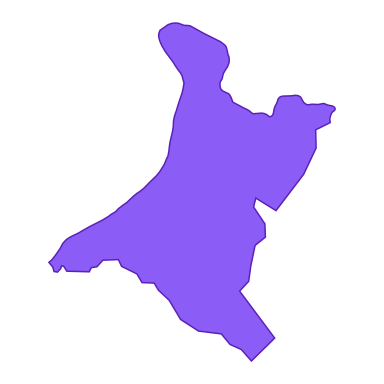 the district of Bella Unión, Artigas, Uruguay
{"feature_id": "84410073B35452988121510", "entity_name": "Bella Unión", "entity_type": "district", "adm_level": 2, "iso_a3": "URY", "parent_name": "Uruguay", "parent_adm1": "Artigas", "projection": "natural_earth1", "projection_center": [-57.576, -30.371], "detail": "fine", "context": "isolated", "style": "filled", "palette": "violet", "viewbox_px": 384, "rotation_deg": 0, "n_neighbors": 0, "source": "geoboundaries", "source_scale": "gbopen_adm2", "svg_char_len": 2591}
<svg xmlns="http://www.w3.org/2000/svg" viewBox="0 0 384 384"><path d="M330.2,122.6L330.1,121.3L329.9,120.1L329.8,119.3L329.9,118.3L330.4,116.3L331.3,113.7L331.8,112.9L332.4,112.1L333.3,111.4L334.2,110.7L334.7,110.1L335.0,109.7L335.1,109.2L335.1,108.7L335.0,108.3L334.9,107.9L334.4,107.3L333.9,106.8L333.2,106.4L332.4,106.0L327.5,105.0L325.0,103.9L324.2,103.6L323.4,103.5L318.1,104.5L311.9,104.2L308.5,104.8L307.4,104.8L306.4,104.4L305.0,103.6L303.7,102.4L302.7,100.8L301.3,98.2L300.7,97.2L300.0,96.6L299.1,96.1L298.1,95.7L297.4,95.5L296.3,95.4L294.7,95.3L293.1,95.6L291.4,95.8L289.6,95.9L286.3,96.0L283.2,96.1L281.8,96.3L280.5,96.8L279.7,97.2L279.0,97.8L278.5,98.5L278.0,99.3L277.5,101.2L276.5,103.6L274.9,106.6L274.2,108.7L273.5,112.7L272.7,115.1L271.7,116.0L270.4,116.7L269.3,116.6L268.2,115.8L266.5,114.5L264.1,113.5L261.7,113.1L253.6,113.7L252.7,113.5L251.6,112.9L249.8,111.2L247.3,109.6L243.2,107.7L239.6,105.7L234.2,102.9L233.5,102.6L232.7,101.7L231.0,97.2L229.5,94.6L228.4,93.6L227.2,93.1L222.7,90.9L220.9,89.1L220.2,87.0L220.0,84.1L220.1,82.4L222.1,78.8L223.3,73.6L225.5,69.8L227.6,66.6L229.1,62.4L229.2,59.4L228.9,56.6L228.0,54.6L227.0,49.9L226.2,46.9L225.9,46.5L225.7,46.2L225.2,45.4L220.8,41.9L203.8,33.4L190.3,25.9L188.0,25.5L183.9,25.3L178.6,23.3L175.3,23.0L171.6,23.4L168.0,24.7L160.0,30.3L158.7,34.0L158.7,36.7L159.3,39.2L160.1,41.9L161.8,45.6L163.2,48.0L164.6,50.5L166.1,52.7L167.3,54.3L168.5,55.9L170.0,58.0L171.5,59.9L172.9,61.8L174.5,64.5L176.3,67.2L178.1,69.9L180.7,73.2L182.2,76.3L184.0,83.1L183.1,88.5L182.4,91.7L182.0,93.2L180.7,97.0L178.4,103.8L176.6,109.9L174.4,116.4L173.5,121.0L173.3,126.1L172.6,131.1L170.2,141.3L170.1,141.7L169.4,146.2L168.9,151.2L168.7,152.1L168.0,155.9L166.1,159.8L164.4,164.2L159.8,171.6L156.4,175.8L153.9,178.2L149.0,182.9L147.2,184.9L143.9,188.2L140.9,190.6L140.2,191.2L137.0,193.3L133.8,195.9L127.0,202.3L122.9,205.2L118.4,208.7L115.5,211.8L111.7,214.0L107.7,216.9L104.1,219.1L102.6,220.0L89.6,226.6L83.8,229.9L77.9,233.3L73.3,235.5L72.1,236.1L68.9,237.8L65.9,240.0L62.8,243.4L60.2,248.4L55.2,255.6L51.5,260.3L50.5,261.0L48.9,262.4L52.7,267.0L54.0,271.5L57.5,272.1L60.6,268.8L61.6,265.8L63.7,266.3L66.8,271.2L89.3,271.8L91.3,267.6L96.9,266.8L102.9,260.2L118.4,259.6L121.6,266.4L136.9,273.9L142.0,282.6L154.2,283.1L158.5,290.3L169.1,300.2L180.6,319.5L198.6,331.1L221.3,333.9L230.1,344.5L241.3,349.5L251.4,361.0L274.7,338.1L239.6,291.1L248.7,281.3L250.8,266.0L255.1,245.4L265.4,237.1L264.9,223.9L253.6,207.0L255.8,198.1L276.0,210.6L303.6,174.4L316.1,148.1L315.7,129.8L330.2,122.6Z" fill="#8b5cf6" stroke="#5b21b6" stroke-width="1.5"/></svg>